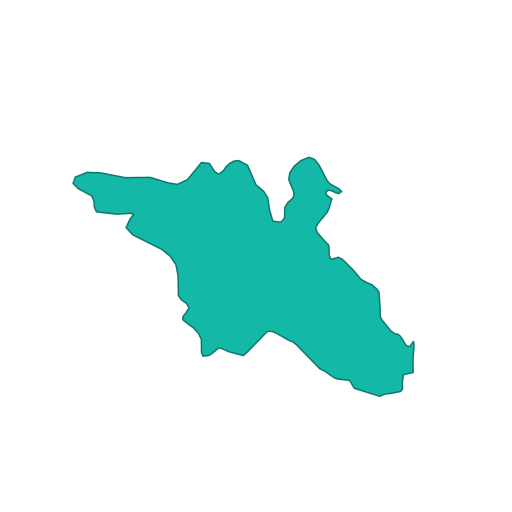 outline of Andijon, rotated 212°
{"feature_id": "UZB-363", "entity_name": "Andijon", "entity_type": "Region", "adm_level": 1, "iso_a3": "UZB", "parent_name": "Uzbekistan", "parent_adm1": "", "projection": "orthographic", "projection_center": [72.284, 40.729], "detail": "fine", "context": "isolated", "style": "filled", "palette": "teal", "viewbox_px": 512, "rotation_deg": 212, "n_neighbors": 0, "source": "natural_earth", "source_scale": "10m", "svg_char_len": 2010}
<svg xmlns="http://www.w3.org/2000/svg" viewBox="0 0 512 512"><g transform="rotate(212 256 256)"><path d="M247.8,143.0L251.1,145.3L258.2,156.4L263.4,159.7L270.5,161.8L283.7,163.0L285.0,164.0L285.6,165.4L285.8,167.1L285.4,169.0L285.3,176.6L289.8,178.9L296.0,179.3L300.8,181.2L311.5,197.8L319.3,206.2L328.9,210.4L339.6,211.7L371.6,208.6L381.2,211.2L382.4,220.8L381.8,226.3L384.9,225.8L396.4,217.6L414.7,208.9L418.8,211.6L422.2,216.4L427.3,220.0L442.0,218.9L447.6,220.1L449.6,220.6L451.0,227.2L443.5,237.4L431.8,244.2L408.5,253.1L387.2,266.7L369.2,271.4L360.5,275.2L354.6,284.5L351.8,306.4L344.6,309.8L335.4,305.6L330.8,305.6L328.9,311.1L328.6,316.0L327.4,320.6L325.1,324.7L321.2,327.8L311.3,328.4L293.6,316.3L284.0,315.0L276.8,311.5L268.5,301.8L260.2,294.5L252.8,297.9L251.9,303.3L257.3,312.3L257.3,318.3L255.7,323.6L255.7,327.3L257.9,330.3L268.8,338.2L269.9,340.9L271.4,344.7L271.2,352.4L268.5,360.7L263.4,367.7L257.5,369.0L250.7,366.5L235.9,357.8L232.2,356.4L220.9,356.9L217.7,355.9L217.8,355.8L218.9,352.8L221.8,351.9L226.1,351.5L229.7,350.3L230.7,347.0L228.4,345.1L223.8,344.6L221.9,344.7L221.6,343.0L219.4,335.5L218.8,330.9L219.5,325.1L220.4,318.9L220.6,315.0L220.5,313.2L220.3,311.5L216.8,308.4L203.8,304.5L200.9,304.1L199.2,302.7L194.3,295.5L190.8,292.9L188.3,295.2L185.6,298.5L181.3,299.0L166.3,295.7L154.6,291.8L147.5,292.2L142.5,293.1L136.6,292.1L134.3,291.3L132.3,290.2L122.3,276.4L120.1,272.6L118.0,270.1L115.2,268.5L102.2,264.0L98.2,263.6L95.5,264.0L94.2,264.9L91.8,264.6L88.5,263.4L81.8,259.9L79.1,259.8L77.6,260.8L77.2,266.6L76.1,265.9L73.7,262.4L68.3,251.8L61.0,240.5L68.2,233.5L64.3,225.2L61.4,221.2L61.2,219.0L62.2,217.1L70.4,209.6L73.5,207.4L76.8,202.6L102.5,195.9L110.8,200.1L121.2,195.1L124.1,194.3L129.5,194.3L135.5,194.8L142.3,194.2L174.8,202.2L179.2,202.7L183.3,201.9L198.2,201.3L202.0,200.6L203.5,200.0L204.6,199.3L206.5,197.6L212.4,170.2L213.9,164.9L228.1,160.5L237.3,159.2L239.1,157.7L242.0,149.1L243.3,146.7L247.8,143.0Z" fill="#14b8a6" stroke="#0f766e" stroke-width="1.5"/></g></svg>